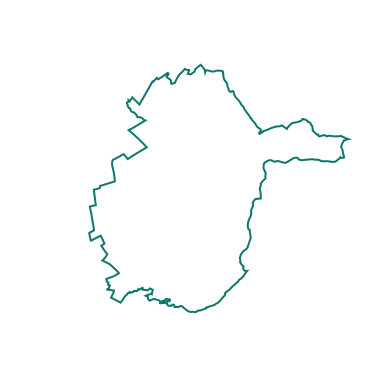 General Berthelot, Hunedoara, Romania, rotated 125°
{"feature_id": "2599482B14034373036308", "entity_name": "General Berthelot", "entity_type": "district", "adm_level": 2, "iso_a3": "ROU", "parent_name": "Romania", "parent_adm1": "Hunedoara", "projection": "equal_earth", "projection_center": [22.874, 45.611], "detail": "fine", "context": "isolated", "style": "outline", "palette": "teal", "viewbox_px": 384, "rotation_deg": 125, "n_neighbors": 0, "source": "geoboundaries", "source_scale": "gbopen_adm2", "svg_char_len": 5955}
<svg xmlns="http://www.w3.org/2000/svg" viewBox="0 0 384 384"><g transform="rotate(125 192 192)"><path d="M299.5,226.0L298.3,217.9L300.0,206.0L300.5,205.3L306.5,208.1L310.1,210.8L312.5,212.2L313.1,211.3L313.8,211.0L314.1,210.6L314.3,209.4L314.1,208.6L314.1,208.4L315.2,208.2L316.0,207.4L316.1,206.7L315.7,206.2L315.6,205.9L315.8,205.5L318.7,205.0L319.5,205.2L320.3,205.6L320.5,205.6L320.5,204.9L320.4,204.7L319.5,204.0L318.8,201.8L317.5,199.3L320.1,198.3L321.7,198.3L325.0,197.7L323.6,187.1L319.7,186.8L317.9,187.1L316.5,187.1L312.7,186.5L312.7,186.4L311.6,186.5L310.5,185.5L309.8,185.9L309.7,185.9L309.4,183.9L308.8,183.8L307.5,182.8L306.6,182.9L306.3,182.7L306.0,182.5L305.9,182.0L305.5,181.5L305.3,180.9L304.7,180.3L302.3,180.3L302.3,180.1L302.4,179.7L302.3,179.2L301.0,178.6L300.4,178.1L299.3,177.9L298.9,177.7L298.9,177.3L300.3,176.3L299.6,175.3L299.4,174.5L298.3,172.6L297.9,172.1L297.3,171.7L295.2,171.1L294.9,170.8L294.7,167.9L297.1,167.2L298.8,166.2L299.0,167.0L299.2,167.3L301.6,169.1L303.6,170.4L303.3,168.2L303.6,167.6L304.5,166.9L304.9,165.8L305.4,164.9L305.4,164.6L305.0,164.0L304.1,163.8L302.5,162.5L301.7,162.2L301.0,160.7L299.7,156.9L299.9,155.6L300.3,155.0L301.1,154.7L301.4,154.4L301.1,153.8L298.2,150.4L297.8,150.4L297.5,150.9L297.7,151.3L299.2,153.2L299.3,153.5L298.9,153.9L298.4,153.9L295.9,151.8L294.7,152.0L294.1,151.4L292.8,148.6L292.9,148.1L293.1,147.9L294.5,147.8L295.3,149.5L295.7,149.6L296.0,149.5L298.2,148.3L298.7,146.6L298.4,145.4L297.5,144.6L297.5,144.2L297.3,143.8L296.8,143.5L295.5,143.5L294.7,142.1L294.7,141.9L294.9,141.5L296.0,140.8L296.1,140.3L295.9,139.9L294.6,138.0L293.5,136.8L292.5,136.5L292.1,136.1L291.3,134.7L291.4,134.1L291.7,132.0L291.9,127.3L291.2,124.5L289.7,122.8L288.8,120.8L288.0,119.9L287.1,119.5L285.8,119.2L284.4,117.4L283.6,116.7L279.0,113.6L278.6,114.0L278.2,114.0L277.6,113.4L277.6,113.1L276.0,112.2L271.4,108.7L269.8,108.3L268.2,107.4L266.3,106.8L260.5,106.3L257.8,105.8L256.3,106.2L255.9,106.9L255.2,106.9L250.9,105.4L247.4,104.9L240.2,103.2L239.3,102.8L237.1,103.1L235.1,102.2L231.5,101.6L226.1,101.7L225.0,101.6L226.3,103.2L226.3,104.0L225.7,105.7L224.8,106.6L223.3,107.1L223.4,108.0L223.2,109.3L221.8,112.5L221.5,112.5L220.5,113.0L219.3,114.1L218.9,114.8L216.6,115.7L215.3,116.0L211.3,116.1L207.5,114.7L205.5,114.7L195.7,117.7L192.3,120.8L191.7,121.7L190.9,122.3L190.0,122.8L190.0,124.5L188.2,126.6L187.6,127.1L184.5,128.7L182.3,129.4L178.1,130.2L176.5,130.7L175.5,131.2L174.0,132.2L173.3,133.0L172.8,133.2L167.8,134.2L166.3,135.7L165.7,136.1L163.5,136.3L161.7,136.0L161.0,135.5L159.1,133.5L157.9,131.9L152.6,135.9L150.7,138.3L148.0,139.1L146.9,139.6L145.8,140.5L142.5,140.3L138.6,139.6L137.1,141.0L134.7,142.1L134.0,143.0L131.7,146.8L130.6,147.7L127.4,149.4L125.9,149.2L123.5,148.1L121.1,146.5L120.3,144.5L120.0,141.9L117.3,139.5L116.1,135.7L115.0,132.9L113.7,131.6L105.6,128.1L103.9,126.2L103.6,125.0L104.0,123.2L103.9,122.5L103.5,121.3L103.0,120.3L102.1,119.2L100.1,117.1L98.4,114.9L97.3,113.8L95.7,111.5L94.8,109.4L94.0,108.4L93.7,107.6L93.1,107.1L92.9,106.7L92.6,104.0L92.4,104.0L92.0,102.7L88.8,98.3L87.0,94.5L85.5,92.6L84.7,91.9L80.4,90.6L78.6,90.4L78.8,90.1L78.7,89.5L78.5,89.2L77.4,87.9L76.7,87.7L76.4,87.3L74.6,89.2L74.0,90.1L70.8,93.3L69.8,95.3L68.8,96.1L68.7,96.0L66.6,96.6L64.4,96.9L62.9,97.2L62.7,97.2L62.2,96.5L60.3,95.4L59.0,94.2L59.6,96.4L60.1,99.2L60.8,101.9L60.6,102.0L62.1,103.6L63.3,105.4L64.1,106.3L64.9,107.5L66.8,111.2L67.4,112.1L68.0,112.7L69.2,113.5L69.0,114.1L69.5,116.0L70.0,116.7L71.1,117.8L73.2,119.2L73.5,119.9L73.3,120.8L72.5,121.5L73.3,122.4L72.5,128.4L72.1,128.4L68.8,131.6L68.9,132.5L68.8,132.9L68.4,133.5L67.8,134.0L67.5,136.3L67.9,136.7L68.1,137.4L67.9,137.9L67.5,138.1L67.5,138.8L67.8,140.9L68.5,142.9L69.1,143.5L69.8,143.1L70.5,143.2L73.8,145.3L77.0,148.5L78.7,149.8L84.5,150.7L85.8,150.4L86.0,154.1L85.7,155.1L86.1,156.7L86.3,157.0L87.3,157.4L88.0,158.0L88.9,159.0L89.9,160.4L93.3,163.2L97.6,165.8L102.1,169.0L102.2,168.5L105.5,169.8L105.4,170.6L105.2,171.0L104.5,170.9L104.4,170.6L102.5,170.8L102.0,171.1L101.2,172.1L101.3,174.7L101.1,176.5L99.7,179.4L98.9,182.2L98.6,184.0L97.7,185.6L97.6,186.3L97.8,186.3L97.7,186.7L97.5,187.3L96.5,189.1L96.4,189.9L94.7,195.0L94.2,196.4L92.6,199.0L92.4,199.8L92.5,200.9L91.0,204.0L90.2,206.5L89.4,210.4L88.6,212.2L85.8,216.1L86.6,217.0L87.9,217.7L87.9,218.5L87.7,219.6L87.4,220.6L86.2,221.8L85.5,223.1L83.3,225.1L82.1,227.6L82.3,228.2L81.1,230.6L79.8,232.1L76.2,235.2L76.4,235.4L75.8,235.9L75.6,236.3L75.6,236.8L77.1,239.5L78.8,241.9L80.1,242.5L81.5,244.2L82.5,246.3L83.0,248.1L84.2,250.3L86.5,249.8L84.7,251.5L83.1,256.1L82.9,257.9L88.7,259.5L90.4,259.7L91.8,259.0L95.4,260.1L96.5,260.6L97.6,263.2L93.8,264.3L95.2,267.1L95.3,268.5L98.7,268.8L102.7,269.6L104.5,269.7L108.2,269.4L112.5,268.6L113.1,269.3L115.1,270.6L115.2,270.9L115.1,271.3L112.8,273.3L112.5,273.9L112.4,275.2L112.5,277.1L112.2,278.9L111.6,279.2L111.1,279.2L109.8,278.8L109.0,278.8L108.5,279.1L108.4,279.9L108.6,280.4L114.0,282.2L119.1,284.4L118.6,286.2L124.2,287.1L124.2,287.7L150.5,285.2L148.7,295.2L153.5,295.0L153.2,296.7L154.1,296.1L154.7,296.0L155.1,296.1L155.9,296.6L156.9,295.9L157.9,294.2L158.8,293.7L159.1,291.8L159.5,291.2L159.4,291.0L159.0,290.8L159.0,290.4L159.8,289.7L160.7,288.6L160.8,286.9L160.2,285.8L160.1,285.1L160.5,283.3L160.6,281.9L161.8,280.1L162.0,279.5L161.9,279.1L161.1,278.5L160.9,277.7L160.3,277.0L160.1,275.4L160.5,272.7L160.5,272.0L160.2,271.3L173.6,277.2L177.7,279.4L178.0,274.9L179.0,267.4L180.3,259.7L181.4,254.7L192.0,259.5L201.9,263.6L200.1,269.6L202.3,270.9L203.8,271.4L211.1,275.2L211.9,275.2L213.4,274.5L215.7,273.0L221.2,266.9L225.7,262.8L227.6,261.3L239.8,270.8L241.7,269.8L246.5,273.7L258.0,263.2L259.0,264.3L261.7,266.6L262.5,267.3L262.8,267.2L266.8,262.7L271.1,258.6L278.3,251.4L279.7,250.3L284.4,252.7L286.6,250.6L289.5,247.4L289.8,246.8L280.1,241.8L280.3,241.2L284.5,234.1L288.0,235.5L290.7,228.7L291.4,225.8L293.6,225.5L298.2,225.7L299.5,226.0Z" fill="none" stroke="#0f766e" stroke-width="2"/></g></svg>